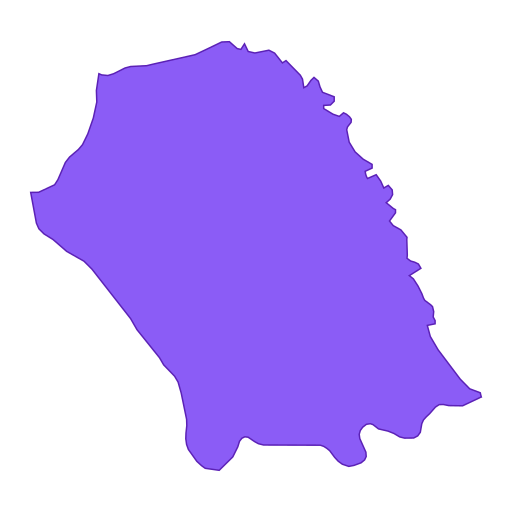 SVG path tracing the border of Botosani
{"feature_id": "ROU-287", "entity_name": "Botosani", "entity_type": "County", "adm_level": 1, "iso_a3": "ROU", "parent_name": "Romania", "parent_adm1": "", "projection": "mercator", "projection_center": [26.907, 47.851], "detail": "fine", "context": "isolated", "style": "filled", "palette": "violet", "viewbox_px": 512, "rotation_deg": 0, "n_neighbors": 0, "source": "natural_earth", "source_scale": "10m", "svg_char_len": 2275}
<svg xmlns="http://www.w3.org/2000/svg" viewBox="0 0 512 512"><path d="M229.4,41.7L237.2,48.6L240.9,49.4L244.5,43.8L248.2,51.5L254.9,53.0L268.9,50.2L274.6,53.1L282.4,62.9L286.0,60.6L300.3,75.2L302.5,79.1L303.8,87.7L307.1,85.9L311.0,80.3L314.0,77.4L318.3,81.1L320.0,86.9L322.5,92.3L334.2,96.8L334.2,101.2L330.4,105.0L323.7,105.4L323.7,108.6L333.0,114.2L339.3,116.4L343.5,112.8L346.4,114.2L349.5,116.8L351.3,119.3L351.3,119.8L351.1,122.3L347.5,126.9L346.7,129.7L349.2,142.2L355.1,151.9L363.2,159.2L372.1,164.4L372.1,168.1L365.2,171.3L365.5,173.4L366.0,175.3L366.7,177.1L367.5,178.5L376.2,174.7L380.7,181.1L383.8,188.0L388.3,185.4L392.2,189.9L392.6,194.6L390.2,199.1L386.2,202.7L393.3,208.5L395.5,209.7L395.5,210.7L395.5,212.8L389.5,221.0L393.2,225.6L400.9,229.9L407.0,237.3L406.8,239.6L407.3,255.2L407.0,258.3L410.6,261.0L414.7,262.2L418.4,264.0L420.9,268.3L409.3,275.6L413.4,278.9L418.1,286.2L421.9,293.8L423.5,298.1L424.8,300.4L430.8,304.9L432.5,306.6L432.7,307.4L433.7,311.6L433.2,317.0L435.1,320.6L435.1,323.8L427.3,325.4L430.3,336.5L438.1,349.8L460.2,379.1L469.7,388.8L480.3,392.8L480.6,394.3L481.3,397.0L481.2,397.0L462.6,405.8L448.8,405.6L443.4,404.5L439.2,404.6L435.4,407.1L429.6,413.7L426.4,416.7L423.5,419.9L421.8,423.7L420.3,432.3L417.7,435.9L413.7,438.0L404.5,438.1L399.7,436.9L394.0,433.5L388.0,431.1L378.5,428.9L373.0,424.6L370.3,423.7L366.4,424.3L362.7,427.2L360.3,430.5L359.2,434.3L359.8,438.6L365.9,452.2L366.2,456.5L364.6,459.9L361.1,462.8L354.0,465.4L348.8,466.4L342.3,464.2L338.2,461.2L334.7,457.4L329.7,450.7L326.8,448.3L323.8,446.4L320.4,445.2L263.6,445.0L258.4,443.7L254.6,441.6L248.1,437.2L244.8,436.8L241.8,438.3L239.5,441.3L237.8,446.8L232.8,456.9L219.2,470.3L205.2,468.3L201.6,465.7L196.8,461.3L188.4,449.5L186.6,444.5L185.8,438.8L186.0,433.0L186.8,425.6L186.6,419.3L181.2,393.0L178.1,382.1L174.6,376.2L163.7,364.9L159.5,357.7L137.0,329.7L130.6,318.6L92.0,269.2L84.0,261.2L66.7,251.4L53.0,239.5L44.0,233.9L38.9,228.8L36.4,223.1L30.7,192.4L38.6,192.3L54.6,184.8L57.9,179.7L65.4,162.4L69.6,157.0L78.4,149.5L82.5,144.7L87.8,133.9L93.3,118.1L96.8,102.0L96.4,90.5L98.9,73.7L101.7,74.9L107.9,75.5L113.7,73.7L125.0,68.0L130.7,66.5L146.7,65.7L152.4,64.3L195.1,54.7L205.5,49.8L221.7,42.0L229.4,41.7Z" fill="#8b5cf6" stroke="#5b21b6" stroke-width="1.5"/></svg>